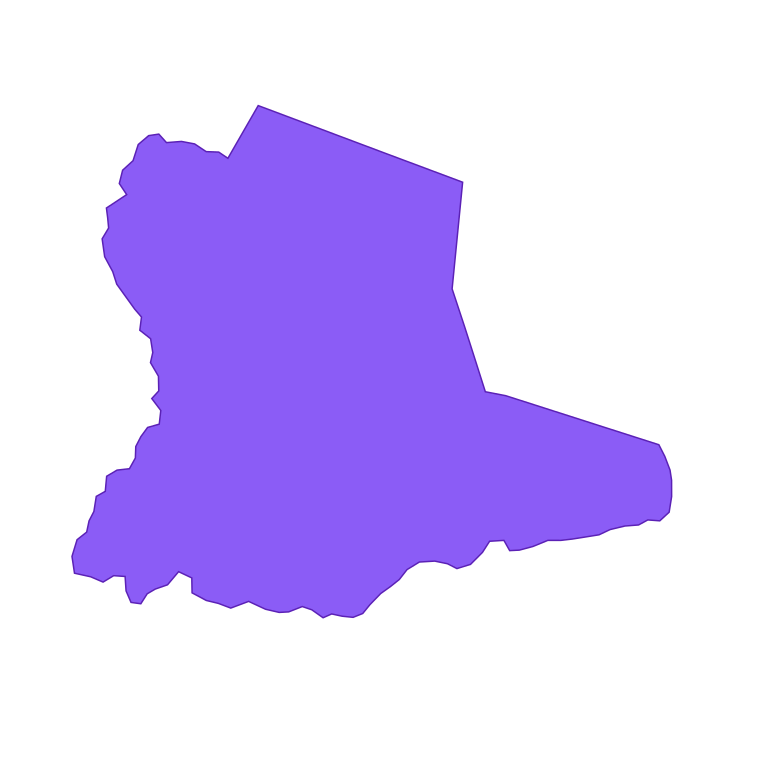 the district of Igaracy, Paraíba, Brazil, rotated 189°
{"feature_id": "56859067B32358496936618", "entity_name": "Igaracy", "entity_type": "district", "adm_level": 2, "iso_a3": "BRA", "parent_name": "Brazil", "parent_adm1": "Paraíba", "projection": "mercator", "projection_center": [-38.117, -7.159], "detail": "fine", "context": "isolated", "style": "filled", "palette": "violet", "viewbox_px": 768, "rotation_deg": 189, "n_neighbors": 0, "source": "geoboundaries", "source_scale": "gbopen_adm2", "svg_char_len": 1545}
<svg xmlns="http://www.w3.org/2000/svg" viewBox="0 0 768 768"><g transform="rotate(189 384 384)"><path d="M262.0,391.5L282.7,392.2L300.3,427.3L313.3,453.1L331.6,488.6L337.9,595.6L418.0,611.9L551.8,639.3L573.5,582.5L583.5,587.2L596.0,585.7L608.6,591.5L622.0,591.9L636.6,588.4L645.5,595.6L655.3,592.5L664.2,582.1L666.8,565.3L675.6,554.3L676.8,540.6L667.8,530.8L685.7,514.4L682.9,504.8L680.4,495.0L685.1,483.3L679.8,466.0L669.5,452.5L663.6,440.8L654.3,431.4L641.9,418.9L634.0,412.2L633.6,398.9L621.6,392.2L617.3,378.9L618.0,368.6L608.0,356.4L605.4,341.9L611.1,333.3L600.3,322.9L599.7,309.2L610.7,304.1L615.9,294.0L619.4,283.4L618.0,272.0L622.2,260.5L634.2,257.2L643.5,249.5L642.5,234.4L650.6,228.0L650.6,212.7L653.9,202.7L654.5,191.2L662.8,182.2L665.2,164.9L660.1,148.7L643.5,147.7L630.5,144.4L621.0,152.4L609.6,153.4L606.4,139.3L599.7,128.7L589.8,128.9L585.1,139.7L577.8,145.7L566.4,151.8L557.5,166.5L543.5,162.4L540.9,147.7L525.7,142.4L513.3,141.4L500.3,138.7L483.7,148.1L465.8,143.0L451.8,142.0L442.5,144.0L429.9,151.4L420.0,149.7L407.6,143.6L399.7,148.7L389.0,148.1L378.0,148.7L369.1,154.0L363.4,163.8L354.5,176.5L345.6,185.3L338.3,193.3L332.2,204.3L321.2,213.7L306.2,217.0L293.2,216.4L283.1,213.1L270.3,219.4L260.4,233.1L255.1,245.2L241.1,248.3L233.8,239.1L224.3,241.1L211.5,246.8L197.7,255.2L184.9,257.2L173.8,260.3L163.6,263.6L148.0,268.7L137.9,275.6L123.9,281.4L110.5,284.6L102.2,291.0L90.2,292.0L82.3,302.0L82.3,317.8L84.9,333.9L88.0,343.7L95.3,356.4L103.0,367.0L262.0,391.5Z" fill="#8b5cf6" stroke="#5b21b6" stroke-width="1.5"/></g></svg>